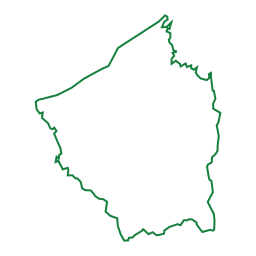 Aguada, Puerto Rico (Equal Earth projection)
{"feature_id": "32010507B12204404308150", "entity_name": "Aguada", "entity_type": "district", "adm_level": 2, "iso_a3": "PRI", "parent_name": "Puerto Rico", "parent_adm1": "", "projection": "equal_earth", "projection_center": [-67.173, 18.364], "detail": "fine", "context": "isolated", "style": "outline", "palette": "green", "viewbox_px": 256, "rotation_deg": 0, "n_neighbors": 0, "source": "geoboundaries", "source_scale": "gbopen_adm2", "svg_char_len": 1848}
<svg xmlns="http://www.w3.org/2000/svg" viewBox="0 0 256 256"><path d="M165.1,15.4L164.1,16.4L159.0,21.4L136.9,35.8L136.1,36.2L117.9,48.1L113.7,56.2L108.6,65.9L106.4,66.9L102.3,68.7L102.0,68.9L93.8,73.3L83.8,78.8L77.8,83.2L77.6,83.4L71.7,87.7L60.7,93.3L57.0,95.1L38.0,100.0L36.0,101.7L35.7,101.9L36.7,109.4L39.7,113.5L42.7,112.5L42.0,117.9L48.0,123.2L50.4,128.4L52.5,129.2L54.2,127.6L56.5,131.0L54.1,133.6L59.7,146.7L60.3,147.2L61.3,153.6L59.2,154.9L58.7,158.7L56.6,156.8L55.6,162.0L58.4,160.8L62.8,169.4L67.7,167.8L68.4,169.8L67.7,175.4L72.4,175.3L75.4,178.3L77.4,178.4L80.7,182.0L82.2,188.4L85.2,190.2L90.7,190.4L93.9,193.9L95.1,196.0L98.9,198.7L103.3,199.2L107.1,201.9L105.6,211.6L110.1,215.7L117.2,218.3L117.8,225.9L120.7,234.4L124.2,240.6L128.2,240.4L128.9,237.8L132.6,237.5L134.6,235.3L142.3,230.6L142.9,229.3L143.4,229.4L148.6,234.2L152.6,232.2L156.3,235.1L157.4,235.3L163.9,233.7L164.4,230.5L169.5,226.9L177.5,224.2L180.5,225.2L183.9,220.2L187.6,220.3L189.1,219.2L192.0,219.4L196.4,222.4L196.8,224.6L200.3,229.4L202.4,232.0L209.8,229.9L213.1,230.6L214.2,229.6L214.5,220.3L213.8,213.8L207.7,202.0L212.9,192.1L211.4,180.9L209.5,179.7L208.6,176.2L207.1,166.9L207.7,164.7L211.7,162.4L212.0,157.3L215.5,154.1L217.5,150.8L217.7,144.5L218.8,136.1L216.7,125.2L217.7,123.8L218.7,121.1L220.3,112.8L213.3,108.8L213.1,103.8L215.4,98.8L213.9,90.9L212.7,90.6L210.9,76.4L210.9,72.9L209.0,74.1L209.3,77.9L206.8,80.1L200.6,78.4L197.3,75.2L195.7,72.2L196.9,67.4L193.7,69.7L191.3,68.3L191.2,65.4L186.9,67.0L185.6,63.5L180.7,66.4L180.0,63.9L177.2,61.9L175.9,60.7L171.6,63.8L171.6,58.8L174.2,55.9L172.6,53.0L175.9,52.0L176.0,51.1L173.5,50.6L172.2,45.2L169.6,42.7L168.8,39.7L170.3,37.9L170.3,33.1L166.6,31.4L167.6,28.1L169.4,29.0L171.4,22.3L166.4,27.0L161.9,27.2L164.4,21.7L167.6,19.5L167.3,16.8L165.1,15.4Z" fill="none" stroke="#15803d" stroke-width="2"/></svg>